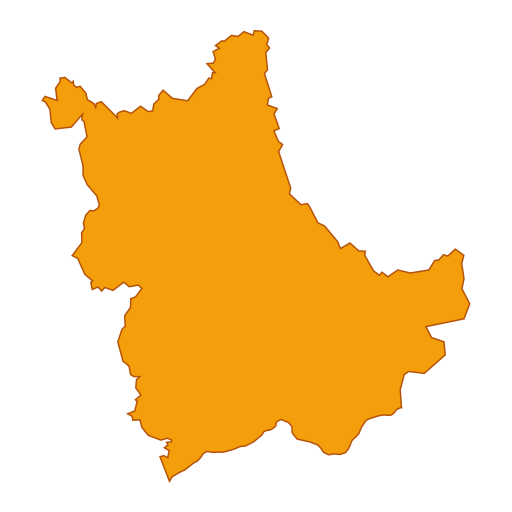 outline of Kavadartsi, Kavadartsi, North Macedonia
{"feature_id": "65306769B96152204239158", "entity_name": "Kavadartsi", "entity_type": "district", "adm_level": 2, "iso_a3": "MKD", "parent_name": "North Macedonia", "parent_adm1": "Kavadartsi", "projection": "mercator", "projection_center": [22.001, 41.309], "detail": "fine", "context": "isolated", "style": "filled", "palette": "amber", "viewbox_px": 512, "rotation_deg": 0, "n_neighbors": 0, "source": "geoboundaries", "source_scale": "gbopen_adm2", "svg_char_len": 3160}
<svg xmlns="http://www.w3.org/2000/svg" viewBox="0 0 512 512"><path d="M309.6,206.8L307.2,203.6L301.0,204.7L289.4,193.9L290.7,188.1L278.6,151.6L282.6,144.5L278.4,141.5L273.9,130.8L279.2,128.6L274.0,113.9L277.3,108.5L267.3,105.0L268.6,98.2L271.8,96.8L264.4,73.4L267.5,69.9L265.8,52.6L269.6,48.0L266.8,44.7L268.6,38.1L261.9,31.2L254.2,30.7L253.0,35.2L244.0,31.7L238.0,36.4L231.4,35.4L224.4,41.1L221.8,40.9L215.5,45.5L219.4,48.3L213.1,51.5L215.4,59.2L213.5,63.0L207.0,63.7L215.2,72.8L212.5,72.7L211.5,78.6L208.9,78.1L204.6,84.4L197.1,88.3L187.6,100.8L172.4,98.3L163.1,90.2L158.6,95.6L158.8,99.3L153.8,104.0L152.7,110.9L147.9,111.5L140.6,106.2L131.3,113.4L124.5,110.7L119.6,112.1L117.1,113.9L117.6,118.0L101.3,101.7L96.4,103.4L95.7,107.5L93.9,103.6L87.3,99.5L85.9,93.1L80.0,86.2L76.8,87.4L73.7,85.1L73.2,81.3L71.9,83.0L64.8,77.4L60.0,78.2L60.1,81.8L55.6,88.2L57.1,100.5L45.0,96.4L42.3,100.5L45.4,101.9L50.0,109.5L51.2,122.4L55.1,128.9L71.3,127.1L82.6,114.1L81.8,119.7L83.9,121.3L87.1,136.7L80.2,144.3L78.9,149.1L83.0,165.6L83.1,175.5L87.2,184.6L96.9,196.1L99.3,204.9L98.0,208.0L94.0,210.8L89.8,210.5L85.7,215.3L83.4,222.9L84.5,228.6L81.6,232.9L81.9,242.6L72.2,255.6L77.8,258.5L84.8,274.3L92.7,281.0L90.8,282.4L92.3,289.5L98.0,287.0L101.6,291.0L104.9,287.5L113.0,290.4L123.7,282.2L129.3,286.7L138.2,285.1L141.9,288.4L135.5,296.9L130.8,298.6L130.5,307.4L124.7,315.6L125.2,326.1L121.9,329.5L117.8,342.0L123.0,361.2L129.0,366.0L130.5,374.3L133.7,376.6L139.8,376.6L136.5,379.6L135.8,387.9L140.9,395.1L135.4,399.8L137.2,401.0L134.8,410.9L127.7,413.8L132.1,416.2L132.9,420.2L139.8,419.8L142.1,427.7L148.4,435.4L160.8,440.1L167.3,438.2L171.6,440.0L171.2,442.0L166.6,442.3L167.9,445.1L164.3,447.7L169.1,450.6L167.8,457.6L163.6,455.6L160.0,456.8L169.5,481.3L169.8,480.9L170.9,478.7L171.4,477.9L172.3,476.9L172.9,476.3L180.6,471.8L185.0,469.8L188.6,466.9L193.7,462.9L197.5,460.9L200.6,457.6L203.3,453.6L206.2,451.7L208.4,451.6L212.7,452.4L217.7,452.1L223.6,452.1L229.8,450.4L235.3,448.7L236.3,448.2L238.5,447.1L241.0,446.4L245.4,446.0L253.5,441.9L261.7,435.1L264.0,431.5L267.9,430.1L269.8,430.1L271.7,429.2L273.6,427.9L275.1,426.6L275.8,425.6L276.1,424.0L276.5,421.9L280.8,419.5L287.0,421.9L288.7,422.7L289.5,423.6L291.7,426.2L292.0,427.3L292.0,429.8L292.1,432.4L293.4,434.6L297.2,439.1L302.6,440.3L309.8,441.9L317.4,444.8L318.4,445.6L320.3,447.5L323.0,451.5L324.7,453.0L329.2,454.8L333.1,454.0L335.2,454.0L340.3,454.4L345.5,452.6L348.6,448.5L349.9,445.7L351.4,441.7L353.0,439.3L355.5,437.3L358.8,433.6L361.5,427.1L365.2,421.7L366.1,420.4L367.9,419.4L370.3,418.4L376.4,416.5L378.4,415.9L380.6,415.4L383.1,415.0L385.9,415.1L389.5,415.4L392.0,414.6L393.4,413.5L396.7,409.5L400.9,407.5L401.5,407.7L400.2,389.8L404.1,374.8L408.6,371.5L424.3,373.3L445.2,354.9L444.0,341.8L431.6,337.6L425.9,326.6L464.0,318.8L469.7,303.8L461.9,288.7L464.0,278.7L461.7,263.7L463.8,255.3L455.2,249.1L447.8,256.1L443.6,254.7L438.6,260.1L434.8,260.4L428.8,270.0L410.3,273.0L397.8,270.0L387.9,276.8L382.0,272.2L379.4,275.2L373.6,270.9L364.7,255.3L365.4,251.3L358.7,250.8L349.9,243.0L340.5,248.6L337.6,241.6L324.7,226.1L317.9,222.8L309.6,206.8Z" fill="#f59e0b" stroke="#b45309" stroke-width="1.5"/></svg>